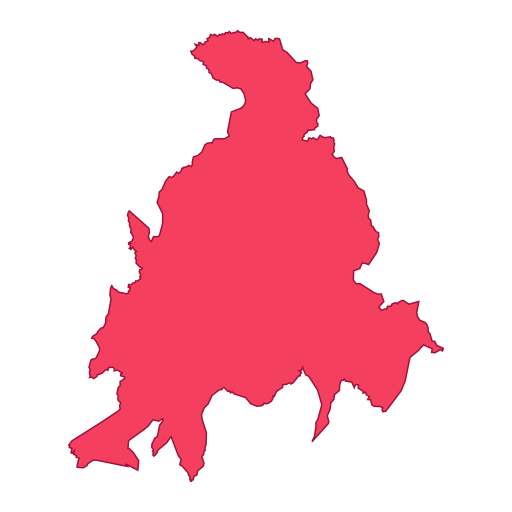 the district of San Jerónimo Xayacatlán, Puebla, Mexico
{"feature_id": "50627088B57891806628735", "entity_name": "San Jerónimo Xayacatlán", "entity_type": "district", "adm_level": 2, "iso_a3": "MEX", "parent_name": "Mexico", "parent_adm1": "Puebla", "projection": "robinson", "projection_center": [-97.931, 18.205], "detail": "fine", "context": "isolated", "style": "filled", "palette": "rose", "viewbox_px": 512, "rotation_deg": 0, "n_neighbors": 0, "source": "geoboundaries", "source_scale": "gbopen_adm2", "svg_char_len": 6013}
<svg xmlns="http://www.w3.org/2000/svg" viewBox="0 0 512 512"><path d="M418.8,301.5L408.8,304.2L403.4,300.4L401.5,300.7L397.6,302.9L397.4,303.8L395.4,302.7L391.9,304.1L391.3,306.2L387.6,306.2L386.5,309.2L384.5,309.0L381.7,310.4L378.7,307.2L383.8,301.5L381.3,294.0L378.0,294.2L374.2,292.7L359.9,283.6L356.3,283.7L353.3,280.1L353.6,270.8L359.6,268.7L362.0,263.3L364.6,263.1L368.6,264.6L376.8,252.3L379.4,243.3L377.8,240.3L377.7,238.5L378.8,236.8L378.6,232.6L376.0,231.7L373.0,226.7L371.5,225.7L370.6,219.9L368.5,218.2L368.3,214.8L369.3,210.8L366.5,204.3L366.5,199.8L363.9,191.1L358.1,187.7L354.5,181.7L348.4,174.5L347.1,170.6L347.4,168.8L341.7,157.5L336.5,158.5L333.8,156.9L332.2,154.3L334.4,151.1L333.7,147.6L334.7,143.8L333.6,141.9L334.1,140.2L333.2,137.8L331.4,138.1L330.5,136.8L324.3,137.7L320.1,135.4L317.6,139.3L316.2,139.6L313.4,137.8L311.4,138.8L309.0,137.8L307.5,141.2L302.5,140.0L302.5,137.7L304.1,136.3L303.9,135.1L305.1,133.6L307.4,132.0L307.5,130.5L314.6,129.6L314.8,128.0L317.7,126.2L318.0,123.8L316.9,122.9L316.4,119.4L319.2,115.6L317.7,108.3L311.1,103.1L305.2,93.9L310.0,88.7L310.6,83.4L312.9,79.9L311.1,71.4L306.6,66.5L307.7,63.3L307.4,60.9L305.7,60.5L300.3,63.0L296.3,62.5L287.0,52.4L282.7,49.7L279.6,39.1L277.9,38.4L275.1,38.5L273.5,41.2L268.8,38.6L268.8,42.3L265.8,41.5L262.2,42.4L262.1,39.1L259.1,38.9L257.9,40.2L255.6,38.8L254.0,40.7L250.4,37.6L248.2,38.9L248.0,37.1L243.1,32.4L239.4,32.3L237.8,30.7L236.4,32.1L231.0,33.3L229.2,31.5L228.2,32.8L225.5,32.6L224.3,34.6L222.2,33.8L220.6,35.0L219.4,34.4L217.6,36.4L214.6,34.3L212.6,35.6L210.5,34.4L209.8,37.4L207.1,38.6L208.0,40.8L205.2,42.0L203.3,44.8L199.9,42.5L198.8,42.7L198.6,45.4L195.2,44.3L196.8,47.1L193.7,50.7L190.8,51.2L191.8,53.9L194.6,56.3L194.8,58.2L197.7,58.6L199.9,60.6L203.7,61.8L203.1,64.3L206.4,65.8L206.5,68.1L209.0,69.5L209.0,72.4L211.4,73.7L213.1,78.1L216.4,80.1L218.9,80.0L219.8,81.9L222.8,82.3L232.9,88.3L237.5,87.9L241.0,89.0L244.2,94.1L245.6,100.6L245.1,103.2L243.2,106.3L240.3,108.5L231.4,111.9L227.5,132.0L229.3,136.0L224.4,138.8L215.3,138.8L213.7,139.5L212.3,142.7L207.6,143.1L204.9,144.8L201.8,152.2L197.5,155.6L193.4,156.9L192.2,162.3L192.5,164.0L191.4,166.5L188.8,165.4L185.9,167.2L183.8,167.2L183.1,168.4L182.1,168.1L180.8,171.5L178.6,173.4L176.7,172.0L173.4,176.5L171.3,177.4L169.2,176.6L165.7,181.0L162.0,189.5L159.3,192.0L158.9,196.6L157.1,202.4L162.7,213.7L162.6,223.5L159.5,235.3L158.1,236.7L153.5,236.6L151.4,241.5L150.1,240.6L148.3,237.0L149.4,232.6L149.0,228.4L129.3,210.9L128.1,212.9L127.5,215.3L128.7,217.9L128.4,221.1L129.8,223.2L129.4,225.3L131.1,229.5L130.7,232.7L131.9,233.1L132.1,234.9L133.6,236.9L132.1,241.1L128.6,242.8L128.7,244.1L130.3,243.1L130.8,243.7L130.0,245.2L130.6,247.1L129.2,248.3L130.8,249.5L132.8,247.1L134.2,249.7L136.4,251.3L134.9,252.6L136.2,255.9L135.2,258.2L136.3,259.7L136.1,263.2L139.8,267.0L142.3,267.8L141.6,269.4L139.8,269.5L139.2,271.7L140.9,275.6L139.7,276.4L140.6,278.5L137.6,281.0L135.7,280.9L135.2,282.6L132.8,283.0L131.4,284.7L128.6,284.5L128.3,287.4L130.1,287.2L129.7,290.4L128.5,291.1L128.5,292.8L126.6,293.8L118.1,292.0L116.9,290.4L113.4,288.5L111.8,285.6L111.4,286.2L110.4,289.1L109.9,295.2L111.1,298.7L108.3,314.2L106.1,316.8L105.4,323.6L103.3,327.6L100.7,328.2L97.3,332.2L97.3,333.4L92.3,336.5L91.8,338.4L94.1,338.6L96.1,341.5L99.4,347.4L99.5,350.7L96.3,357.6L94.5,359.1L92.9,358.9L90.9,360.1L89.0,367.3L90.3,370.1L89.5,371.2L89.6,374.2L90.4,375.6L89.6,377.5L91.5,377.2L93.8,378.5L96.9,376.5L97.0,375.1L101.9,373.3L105.4,370.0L106.7,369.6L107.8,370.4L108.8,367.5L113.1,367.2L114.4,369.0L114.2,370.9L117.2,370.1L121.9,372.6L122.1,373.4L120.8,373.8L120.6,375.7L124.2,376.8L124.7,378.5L120.0,381.7L120.2,385.5L118.3,387.4L116.9,393.8L118.4,395.9L117.8,398.3L118.3,400.6L120.6,402.7L119.6,406.1L120.2,408.8L118.5,410.8L101.9,421.9L72.0,440.8L68.7,445.2L69.7,446.0L69.3,447.4L71.9,448.5L71.0,452.9L72.4,453.3L74.3,451.0L73.7,454.4L76.3,455.4L76.1,457.2L78.9,457.9L76.9,466.9L77.8,467.3L83.1,467.8L86.9,465.7L87.9,463.6L93.1,460.2L96.1,460.1L127.7,466.5L126.0,464.5L127.3,464.7L137.8,470.2L138.7,460.8L133.4,452.6L129.3,448.6L128.0,448.4L128.6,440.6L144.3,429.3L148.5,425.7L152.9,419.8L158.8,421.1L162.5,418.8L163.1,419.1L162.4,421.5L159.6,425.3L157.4,436.4L154.6,438.4L151.9,444.3L151.8,447.7L152.9,448.4L153.4,450.1L152.5,451.0L153.8,452.5L153.0,453.3L153.1,455.5L153.8,456.1L154.8,455.5L157.0,453.0L157.8,450.2L166.5,442.9L171.1,436.6L178.4,455.8L181.2,459.3L179.7,464.7L182.4,466.3L188.6,473.5L188.3,474.6L189.9,477.0L189.9,479.6L190.7,481.2L191.6,481.3L191.5,480.1L193.3,479.8L194.0,476.2L196.7,475.2L197.7,470.9L203.5,465.9L203.9,463.0L201.8,456.5L203.6,454.5L204.1,451.3L205.2,450.4L204.9,447.8L206.1,444.4L206.4,432.7L202.2,419.6L201.5,414.6L204.3,407.7L208.2,403.9L212.0,395.5L219.4,389.7L221.8,389.6L223.0,387.7L224.2,387.5L227.9,391.5L229.8,390.9L230.4,392.8L232.3,392.0L234.2,393.9L245.8,397.7L250.6,403.7L256.7,406.2L260.9,405.9L263.3,404.7L264.0,403.1L265.7,403.8L268.1,403.4L271.5,401.1L273.0,398.2L273.1,395.9L274.3,396.4L276.4,391.6L282.5,387.4L282.8,384.7L286.6,384.3L288.8,383.0L290.2,383.0L290.8,384.0L293.1,382.9L298.5,376.1L300.3,375.7L300.0,374.7L301.5,372.6L299.2,370.7L301.3,370.5L302.9,366.3L302.8,368.3L305.8,374.9L308.7,376.2L317.6,390.1L321.8,404.7L318.0,418.9L315.8,422.9L316.1,426.3L314.5,436.2L312.0,441.7L328.4,423.5L328.8,421.6L327.3,415.9L330.2,408.8L330.8,402.9L333.8,399.5L334.5,394.6L339.4,390.5L339.7,384.6L341.3,380.4L343.0,380.4L344.3,379.0L345.4,381.1L351.8,382.1L354.3,387.7L355.5,384.6L358.5,384.9L358.2,388.2L362.9,391.0L363.1,393.2L365.4,392.0L366.4,394.9L369.4,396.5L367.6,399.5L370.6,399.8L371.7,404.6L373.9,406.2L380.4,406.6L382.8,407.8L382.0,409.6L382.9,411.8L385.7,411.3L401.2,390.7L405.2,380.8L410.0,357.3L418.0,350.9L423.5,344.9L432.2,348.8L431.6,352.4L434.8,352.8L440.5,349.6L442.4,350.9L443.0,349.6L443.3,348.3L436.9,345.5L434.6,341.3L432.1,341.2L430.1,334.0L428.2,331.6L428.0,327.7L426.8,324.4L425.3,322.7L419.6,320.0L417.3,316.3L416.7,312.5L418.8,301.5Z" fill="#f43f5e" stroke="#9f1239" stroke-width="1.5"/></svg>